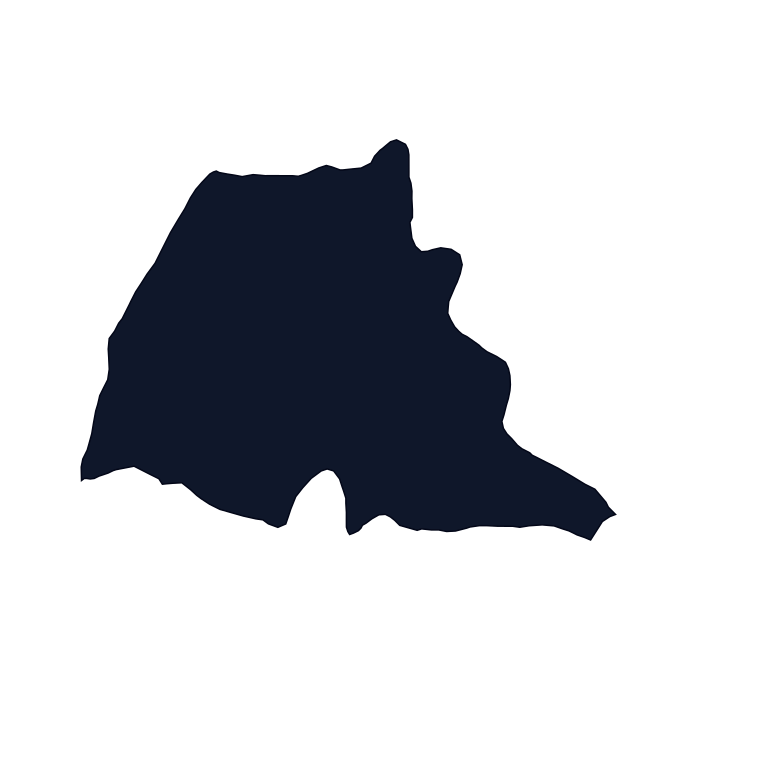 Owo, Ondo, Nigeria, rotated 297°
{"feature_id": "59680162B88663407419721", "entity_name": "Owo", "entity_type": "district", "adm_level": 2, "iso_a3": "NGA", "parent_name": "Nigeria", "parent_adm1": "Ondo", "projection": "orthographic", "projection_center": [5.559, 7.096], "detail": "fine", "context": "isolated", "style": "filled", "palette": "ink", "viewbox_px": 768, "rotation_deg": 297, "n_neighbors": 0, "source": "geoboundaries", "source_scale": "gbopen_adm2", "svg_char_len": 2775}
<svg xmlns="http://www.w3.org/2000/svg" viewBox="0 0 768 768"><g transform="rotate(297 384 384)"><path d="M234.3,421.7L237.3,424.5L241.7,427.8L245.1,428.9L248.4,428.9L251.7,431.1L258.4,434.4L265.1,438.8L268.5,444.4L268.5,450.0L267.4,455.5L265.2,462.2L268.7,480.0L272.0,483.3L275.4,492.2L278.8,498.9L281.0,506.7L285.5,514.5L293.3,523.3L295.6,525.5L301.1,533.3L304.5,540.0L309.0,550.0L315.7,563.3L318.0,570.0L323.6,577.7L330.3,588.9L334.8,600.0L336.0,608.9L337.1,615.5L337.2,620.9L337.2,624.5L338.3,632.2L338.8,638.9L351.2,640.1L360.6,641.0L368.4,645.4L372.9,649.5L376.1,639.8L379.4,635.4L386.0,619.7L385.9,608.6L387.0,594.1L388.0,577.4L387.9,562.9L387.9,552.9L387.8,548.4L388.9,545.1L388.9,536.2L390.0,530.6L393.2,522.8L395.4,516.1L398.7,510.5L404.2,506.0L410.9,504.9L420.9,502.6L427.5,501.4L435.3,499.2L440.8,496.9L448.6,492.4L454.1,487.9L458.5,482.3L459.6,472.3L459.5,461.1L460.6,454.5L461.7,451.1L462.7,444.4L463.7,437.3L463.8,436.6L463.8,431.0L464.9,426.6L467.0,421.0L471.4,414.3L475.9,408.7L481.4,406.4L486.9,404.2L503.6,403.0L508.0,402.9L516.9,401.8L525.8,399.5L533.5,392.8L534.5,382.7L531.1,372.7L525.6,366.1L522.2,362.8L518.8,357.2L521.0,349.4L521.4,349.0L526.5,342.7L536.5,335.9L539.8,333.7L545.3,333.7L552.0,330.3L561.9,324.6L568.6,321.3L575.2,316.8L579.6,312.3L584.1,310.0L599.5,302.1L604.0,298.8L607.3,294.3L607.2,284.3L602.7,279.8L592.7,275.5L590.5,274.4L582.7,272.2L574.9,272.2L566.0,265.6L561.2,258.1L556.0,250.1L554.8,247.8L553.7,238.9L552.5,233.4L546.9,227.8L536.9,220.1L532.2,215.5L531.0,214.2L530.2,213.4L528.0,207.9L524.6,201.2L520.1,192.3L515.6,183.5L513.4,177.9L511.1,172.3L504.4,163.5L502.1,155.7L499.9,149.0L497.6,141.2L497.6,137.9L495.4,135.7L492.0,133.5L480.9,130.2L472.0,128.0L462.0,127.0L449.8,127.0L437.6,126.0L422.1,125.0L402.1,125.1L387.7,125.2L375.0,123.1L374.4,123.0L363.3,122.0L353.3,120.9L343.0,120.9L338.9,121.0L323.3,121.1L317.8,120.0L308.9,120.0L299.8,118.5L290.0,122.4L282.3,126.9L272.4,132.5L262.4,135.9L255.6,135.9L253.5,135.9L244.6,136.0L239.5,137.3L235.8,138.2L229.1,139.4L221.4,141.7L217.7,142.8L207.0,146.2L195.9,148.5L190.3,149.6L187.0,149.6L180.4,149.7L172.6,151.9L160.7,158.3L163.8,159.8L164.9,162.0L166.0,165.3L168.3,168.7L172.7,172.0L174.9,174.2L179.4,178.6L183.9,182.0L186.1,184.2L197.3,198.6L197.3,206.4L197.3,216.4L197.4,226.4L194.1,232.0L196.3,235.4L199.7,240.9L204.2,248.7L203.1,254.3L202.0,259.8L199.8,267.6L198.8,273.2L197.8,282.4L197.7,283.2L197.8,294.4L197.8,294.7L202.5,318.6L205.7,331.1L208.0,337.8L206.9,344.5L208.1,354.5L214.7,360.0L222.5,358.9L230.3,357.7L243.6,356.5L254.7,358.7L266.9,362.0L278.0,367.5L282.5,371.9L283.7,378.6L279.3,387.5L273.7,393.1L270.4,396.5L264.9,401.9L260.4,404.2L252.7,408.7L246.0,412.1L239.4,415.5L236.1,418.8L234.3,421.7Z" fill="#0f172a" stroke="#020617" stroke-width="1.5"/></g></svg>